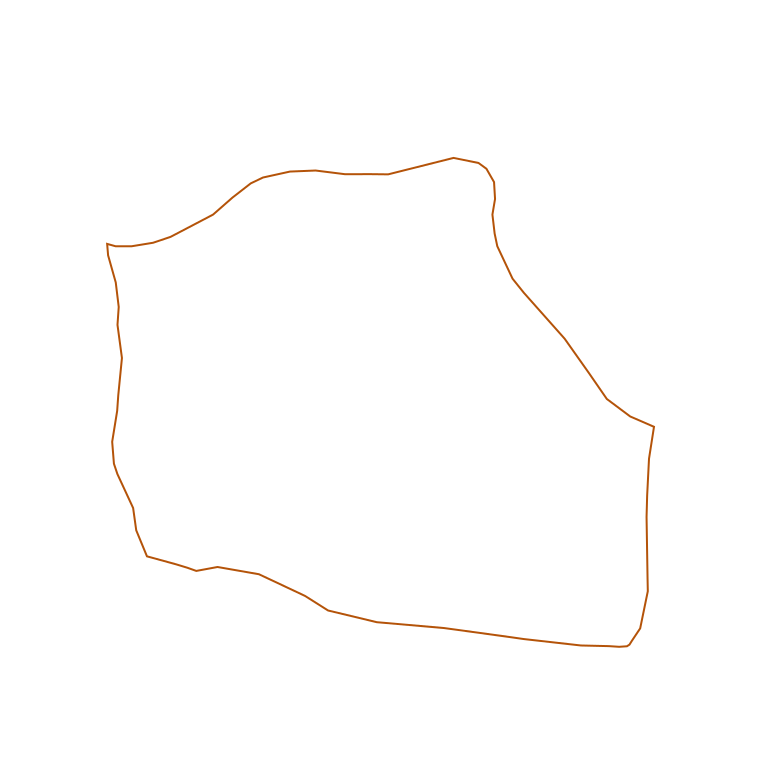 Chinique, Quiché, Guatemala (Albers equal-area conic projection), rotated 191°
{"feature_id": "79465075B24163547134196", "entity_name": "Chinique", "entity_type": "district", "adm_level": 2, "iso_a3": "GTM", "parent_name": "Guatemala", "parent_adm1": "Quiché", "projection": "albers", "projection_center": [-91.02, 15.068], "detail": "fine", "context": "isolated", "style": "outline", "palette": "amber", "viewbox_px": 768, "rotation_deg": 191, "n_neighbors": 0, "source": "geoboundaries", "source_scale": "gbopen_adm2", "svg_char_len": 964}
<svg xmlns="http://www.w3.org/2000/svg" viewBox="0 0 768 768"><g transform="rotate(191 384 384)"><path d="M682.5,468.7L679.4,457.7L666.7,432.5L659.1,409.0L656.9,391.2L646.2,359.5L642.7,322.2L640.8,306.7L639.8,275.4L633.9,254.2L628.5,244.7L606.6,214.4L599.3,193.1L583.8,169.6L553.5,167.3L541.9,166.1L532.6,164.7L512.5,172.6L470.5,173.4L421.1,160.9L395.7,151.0L345.6,148.8L336.3,149.8L278.4,155.9L210.3,159.7L198.2,160.3L140.8,164.9L113.2,169.6L103.0,170.9L95.5,172.9L93.3,175.0L91.8,178.9L85.9,193.0L85.5,230.9L88.4,244.4L100.9,303.6L104.4,324.7L109.6,361.2L110.8,393.5L136.1,399.1L162.4,411.8L185.3,434.2L215.3,462.9L264.1,500.2L277.9,511.9L299.1,540.9L304.1,552.8L309.9,571.0L310.3,586.8L314.5,603.2L324.5,614.8L333.4,619.0L358.9,619.2L419.9,590.6L437.4,587.4L462.3,582.5L491.9,580.5L516.8,574.6L542.2,563.6L553.1,555.5L568.3,538.1L584.1,517.7L621.6,487.7L637.6,478.6L657.9,471.1L673.8,468.0L682.5,468.7Z" fill="none" stroke="#b45309" stroke-width="2"/></g></svg>